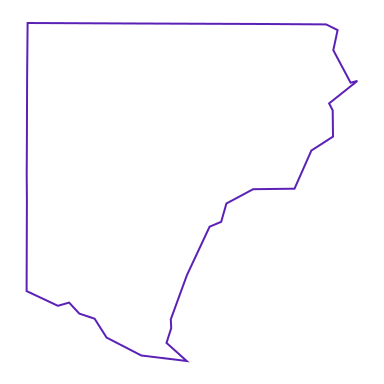 Forsyth, Georgia, United States of America
{"feature_id": "52423323B49486175403600", "entity_name": "Forsyth", "entity_type": "district", "adm_level": 2, "iso_a3": "USA", "parent_name": "United States of America", "parent_adm1": "Georgia", "projection": "robinson", "projection_center": [-84.104, 34.193], "detail": "fine", "context": "isolated", "style": "outline", "palette": "violet", "viewbox_px": 384, "rotation_deg": 0, "n_neighbors": 0, "source": "geoboundaries", "source_scale": "gbopen_adm2", "svg_char_len": 526}
<svg xmlns="http://www.w3.org/2000/svg" viewBox="0 0 384 384"><path d="M26.9,200.3L26.6,291.1L57.9,305.8L69.1,302.6L79.2,313.5L79.3,313.6L94.6,318.7L106.6,337.6L141.3,355.5L186.7,361.0L166.5,342.9L171.2,328.2L170.8,319.3L186.9,275.2L209.6,226.7L221.2,221.8L226.4,203.5L253.1,189.2L294.5,188.7L311.4,150.5L333.0,136.6L332.7,110.4L329.1,103.4L357.4,80.9L350.6,82.7L333.3,50.2L337.6,30.1L326.1,24.4L265.2,24.0L136.3,23.5L27.6,23.0L27.1,78.8L26.9,139.5L26.7,174.9L26.9,200.3Z" fill="none" stroke="#5b21b6" stroke-width="2"/></svg>